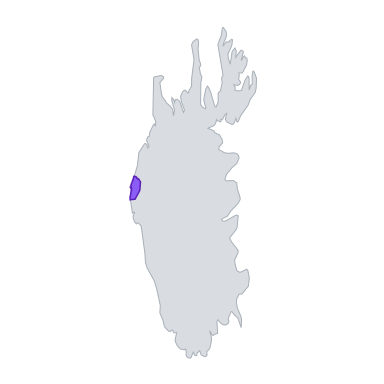 location of Mýrdalshreppur, Suðurland, Iceland, rotated 93°
{"feature_id": "244011B6689541001554", "entity_name": "Mýrdalshreppur", "entity_type": "district", "adm_level": 2, "iso_a3": "ISL", "parent_name": "Iceland", "parent_adm1": "Suðurland", "projection": "natural_earth1", "projection_center": [-19.16, 63.515], "detail": "fine", "context": "in_parent", "style": "filled", "palette": "violet", "viewbox_px": 384, "rotation_deg": 93, "n_neighbors": 0, "source": "geoboundaries", "source_scale": "gbopen_adm2", "svg_char_len": 5458}
<svg xmlns="http://www.w3.org/2000/svg" viewBox="0 0 384 384"><g transform="rotate(93 192 192)"><path d="M296.5,141.8L300.0,141.9L305.6,140.6L313.6,136.7L317.0,135.8L324.9,135.8L315.5,139.6L312.0,143.8L309.4,145.8L309.5,146.7L316.3,149.2L319.5,148.4L320.9,148.7L322.2,149.9L323.2,152.3L322.7,154.7L320.8,157.2L318.2,159.3L318.6,159.9L320.7,160.3L331.8,159.0L333.1,162.1L334.1,163.1L333.9,164.1L329.6,167.3L334.7,165.3L338.8,164.7L345.8,165.7L348.7,166.9L350.5,169.0L354.0,168.4L355.6,169.5L355.7,170.8L354.2,174.3L350.1,176.0L352.7,178.5L354.8,178.6L355.2,179.1L355.1,180.6L351.9,182.4L357.3,184.3L358.0,185.0L357.7,187.3L356.8,188.5L355.3,189.3L351.5,189.4L349.1,190.2L350.0,191.6L349.4,195.4L346.4,198.5L343.7,200.1L340.9,201.2L333.3,200.0L333.6,202.7L330.9,204.3L331.5,205.7L332.5,206.4L332.1,208.2L328.7,211.8L326.2,213.0L321.3,214.4L314.3,217.8L307.1,217.7L289.5,222.5L282.6,225.1L270.2,232.8L264.9,234.8L255.9,235.8L228.8,240.9L225.8,243.9L225.6,244.6L226.8,245.8L224.8,247.9L220.7,249.5L218.8,249.5L215.4,248.2L215.0,248.8L216.3,250.4L203.0,253.1L184.6,251.7L168.3,247.9L155.3,247.1L146.3,241.9L146.0,241.1L147.0,239.5L150.3,238.8L148.8,237.2L143.2,240.0L141.4,239.9L139.1,238.8L139.0,237.7L134.5,237.3L126.6,233.9L126.0,233.2L127.9,232.1L127.5,231.9L123.2,232.0L116.9,235.1L79.9,236.3L78.7,234.7L77.3,228.7L78.6,226.2L80.1,226.4L84.4,229.8L94.3,227.9L98.4,226.7L102.2,223.4L104.3,222.3L107.4,218.2L110.5,215.6L116.8,214.5L111.2,213.7L101.8,217.0L98.7,217.0L100.1,215.6L103.4,214.0L101.2,213.8L100.3,213.1L100.3,211.6L102.0,209.1L113.0,204.7L110.5,203.8L102.8,207.2L97.2,208.4L92.7,206.8L90.6,204.8L90.8,203.9L93.4,201.2L93.0,200.7L91.2,200.5L86.4,198.0L78.6,198.3L59.5,196.9L45.0,200.2L41.6,198.7L38.9,195.3L39.5,194.0L42.0,193.3L49.1,193.4L59.5,191.8L64.3,189.9L66.1,190.3L67.0,191.3L73.4,189.8L76.8,188.1L82.5,188.9L104.1,188.0L107.0,185.8L108.1,183.1L107.6,182.6L99.7,185.0L97.9,185.0L88.7,183.7L85.4,182.2L86.6,181.0L91.5,178.5L103.9,174.2L105.7,173.4L105.8,172.4L101.0,170.6L91.7,171.1L89.4,168.9L81.7,167.6L76.5,168.4L73.8,167.1L43.4,173.9L33.6,170.8L26.6,170.3L26.0,169.3L30.2,166.3L33.0,165.8L35.8,166.1L41.2,168.1L44.8,168.8L40.3,165.7L40.2,162.8L38.7,162.1L37.4,160.1L38.0,159.5L43.5,159.9L52.3,163.3L56.7,162.7L62.4,160.5L49.7,159.3L45.9,156.6L48.8,155.2L55.3,155.4L48.1,150.8L47.8,150.0L49.1,148.0L58.2,149.8L53.5,147.1L53.3,146.5L54.7,146.0L55.5,144.3L57.8,143.7L62.4,144.2L69.5,147.4L70.5,148.2L70.7,151.4L73.5,150.9L76.9,151.4L79.7,149.2L81.6,149.7L83.1,151.6L82.8,155.9L84.8,154.4L88.1,154.3L88.7,150.8L88.1,148.0L77.3,144.8L73.1,142.4L73.6,141.6L75.7,140.9L87.1,140.3L82.3,139.0L81.1,137.5L72.5,138.1L68.1,137.5L68.0,136.8L69.8,135.7L75.1,133.5L85.0,133.4L89.0,134.0L96.6,138.7L102.7,140.7L112.9,147.2L119.5,149.7L119.8,150.4L118.7,151.1L116.1,152.0L120.0,153.1L122.4,154.8L122.5,155.6L120.3,160.8L117.8,162.5L111.7,161.5L113.1,163.2L117.4,165.0L118.4,166.0L117.8,167.0L119.8,166.7L120.5,167.2L119.5,170.2L118.4,171.3L122.0,171.9L124.5,173.4L127.5,179.5L129.2,174.8L130.0,173.1L131.6,172.5L133.4,167.7L137.5,164.9L141.3,163.9L145.3,167.2L148.1,167.5L151.1,161.7L151.5,157.5L150.7,152.8L151.2,149.4L153.2,147.4L155.7,146.8L161.2,148.8L165.8,153.5L172.6,158.5L177.4,159.8L178.2,159.6L179.1,158.0L178.4,151.3L180.6,147.8L186.3,146.9L194.9,143.7L196.9,143.5L201.1,145.4L208.7,152.1L214.1,155.2L217.0,160.2L218.2,161.1L219.4,159.6L219.5,157.4L212.9,147.1L212.8,145.7L213.4,144.6L225.2,145.1L227.8,146.3L236.0,152.1L240.0,149.7L247.9,142.8L250.7,143.0L257.5,145.8L260.2,145.6L268.1,143.1L269.8,139.9L266.2,133.3L267.7,132.0L275.0,130.3L282.9,130.7L291.2,136.7L291.6,139.6L296.5,141.8Z" fill="#d9dde1" stroke="#a8b0b8" stroke-width="1"/><path d="M203.0,253.4L202.3,249.4L202.2,248.5L197.6,246.3L193.1,244.2L188.8,244.1L184.8,243.9L182.1,245.7L182.0,245.8L181.9,245.9L181.9,246.0L181.7,246.2L181.7,246.3L181.8,246.4L181.8,246.5L181.7,246.5L181.4,246.8L181.4,247.0L181.3,247.3L181.2,247.4L181.2,247.5L181.1,247.8L180.9,247.8L180.7,247.9L180.4,247.9L180.3,248.0L180.2,248.1L180.0,248.3L179.9,248.4L179.9,248.5L180.0,248.5L179.9,248.6L179.8,248.8L179.8,249.0L179.7,249.2L179.7,249.3L179.5,249.5L179.4,249.6L179.3,249.8L179.3,250.2L179.3,250.4L179.3,250.6L179.3,250.8L179.5,251.0L179.8,251.0L180.1,251.0L180.3,251.0L180.7,251.1L180.9,251.1L181.1,251.2L181.3,251.2L181.5,251.3L181.9,251.3L182.0,251.4L182.3,251.4L182.3,251.5L182.8,251.6L183.0,251.6L183.3,251.7L183.4,251.8L183.5,251.8L184.0,251.9L184.0,252.0L184.3,252.0L184.5,252.1L184.8,252.2L185.0,252.3L185.3,252.4L185.6,252.5L185.8,252.5L186.0,252.6L186.5,252.8L187.2,253.0L187.5,253.0L187.8,253.1L188.0,253.2L188.2,253.3L188.3,253.3L188.5,253.3L188.7,253.2L188.8,253.2L189.0,253.2L189.1,253.3L189.1,253.2L189.3,253.1L189.5,253.1L190.0,253.1L190.4,253.1L190.6,253.2L191.0,253.2L191.0,253.3L191.1,253.2L191.1,253.3L191.3,253.3L191.3,253.2L191.5,253.1L191.6,252.9L191.8,252.8L192.0,252.8L192.1,252.7L192.2,252.8L192.4,252.7L192.6,252.7L193.0,252.7L193.3,252.7L193.4,252.8L193.5,252.7L193.6,252.8L193.8,252.8L194.0,252.8L194.4,252.8L194.6,252.9L195.0,252.9L195.3,252.9L195.4,253.0L195.5,253.0L195.9,253.0L196.0,253.0L196.3,253.0L196.5,253.1L196.8,253.1L197.1,253.1L197.3,253.2L197.7,253.2L198.2,253.3L198.3,253.3L198.5,253.3L199.0,253.4L199.3,253.4L199.6,253.5L199.8,253.5L200.1,253.6L200.3,253.6L200.7,253.6L201.1,253.5L201.3,253.5L202.0,253.5L202.6,253.4L202.8,253.4L203.0,253.4ZM188.5,253.7L188.4,253.6L188.5,253.7L188.5,253.7Z" fill="#8b5cf6" stroke="#5b21b6" stroke-width="1.5"/></g></svg>